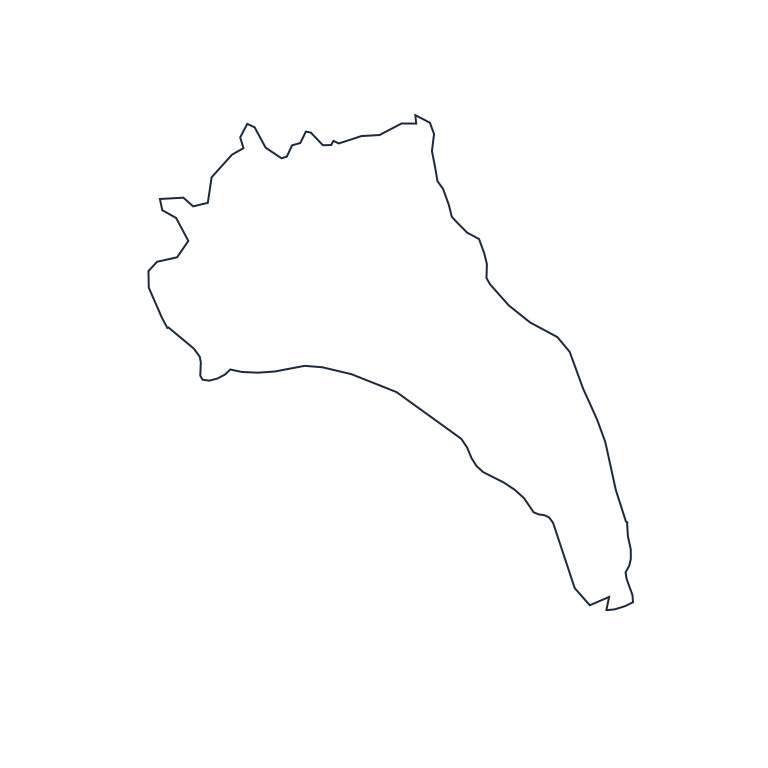 Ceredigion, Natural Earth projection, rotated 250°
{"feature_id": "GBR-2105", "entity_name": "Ceredigion", "entity_type": "Principality", "adm_level": 1, "iso_a3": "GBR", "parent_name": "United Kingdom", "parent_adm1": "", "projection": "natural_earth1", "projection_center": [-4.124, 52.292], "detail": "fine", "context": "isolated", "style": "outline", "palette": "slate", "viewbox_px": 768, "rotation_deg": 250, "n_neighbors": 0, "source": "natural_earth", "source_scale": "10m", "svg_char_len": 1514}
<svg xmlns="http://www.w3.org/2000/svg" viewBox="0 0 768 768"><g transform="rotate(250 384 384)"><path d="M95.6,515.7L106.9,522.7L105.7,501.7L126.9,493.4L195.8,495.4L202.2,493.5L205.9,489.8L208.5,484.9L212.3,480.7L228.7,476.6L239.8,470.7L250.6,462.7L267.2,447.1L275.2,442.9L284.4,440.9L295.7,440.4L306.0,437.9L372.1,393.0L404.4,356.7L420.8,331.8L428.2,315.7L433.1,285.6L437.8,269.3L443.9,254.6L450.2,244.5L447.3,237.9L446.1,229.3L446.9,220.9L450.2,214.9L454.7,214.2L466.8,219.2L472.6,220.2L482.3,217.4L510.8,200.8L510.8,199.6L521.9,198.0L555.0,195.9L570.7,201.3L576.5,212.6L573.8,232.9L585.4,249.1L611.2,245.4L623.1,235.1L634.5,236.7L627.7,259.2L616.2,265.4L614.5,280.4L637.2,292.7L651.5,319.6L653.7,332.6L664.9,333.2L675.2,344.5L669.5,350.2L646.5,353.6L631.2,364.9L630.9,370.4L639.7,379.3L639.1,387.8L647.9,396.9L645.2,401.3L629.3,408.2L626.6,416.1L629.8,419.6L625.5,423.8L624.7,447.6L619.5,464.9L622.8,489.6L617.7,503.3L625.9,505.4L613.8,516.5L601.7,516.5L586.5,508.7L570.4,506.2L556.3,503.6L547.2,506.2L537.1,506.2L530.1,506.2L518.0,504.9L511.9,507.4L497.8,513.9L487.7,522.9L472.6,522.9L461.5,521.7L448.4,516.5L441.3,517.8L415.2,528.1L391.9,542.3L368.7,563.0L350.6,569.5L330.4,569.5L311.2,569.5L295.0,570.8L276.9,572.1L253.7,572.1L205.2,565.6L172.0,564.3L170.7,565.3L170.3,564.9L157.4,561.1L144.1,559.3L135.2,556.1L129.3,552.3L124.4,546.6L118.0,545.3L108.6,545.3L100.7,545.3L93.8,543.4L92.8,534.6L93.3,523.8L94.8,517.9L94.9,517.5L95.6,515.7L95.6,515.7Z" fill="none" stroke="#1e293b" stroke-width="2"/></g></svg>